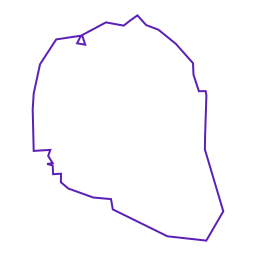 Overton, Tennessee, United States of America
{"feature_id": "52423323B37655039009426", "entity_name": "Overton", "entity_type": "district", "adm_level": 2, "iso_a3": "USA", "parent_name": "United States of America", "parent_adm1": "Tennessee", "projection": "albers", "projection_center": [-85.32, 36.342], "detail": "fine", "context": "isolated", "style": "outline", "palette": "violet", "viewbox_px": 256, "rotation_deg": 0, "n_neighbors": 0, "source": "geoboundaries", "source_scale": "gbopen_adm2", "svg_char_len": 556}
<svg xmlns="http://www.w3.org/2000/svg" viewBox="0 0 256 256"><path d="M130.2,20.5L123.7,25.6L105.9,22.4L82.1,35.1L85.2,44.7L77.1,43.3L80.9,35.7L56.2,39.4L40.0,64.3L33.7,93.5L32.7,109.4L33.7,150.9L50.3,149.9L48.2,155.9L52.6,163.1L47.1,164.0L52.7,165.4L53.1,174.2L61.0,173.7L60.9,182.3L68.4,188.6L93.2,197.5L111.0,199.1L112.8,209.4L167.4,236.3L206.3,240.6L223.3,211.3L204.9,149.5L205.1,136.0L206.4,95.3L205.6,91.1L198.9,91.2L193.5,74.8L193.0,63.2L175.8,43.8L158.4,29.7L146.2,25.1L137.4,15.4L130.2,20.5Z" fill="none" stroke="#5b21b6" stroke-width="2"/></svg>